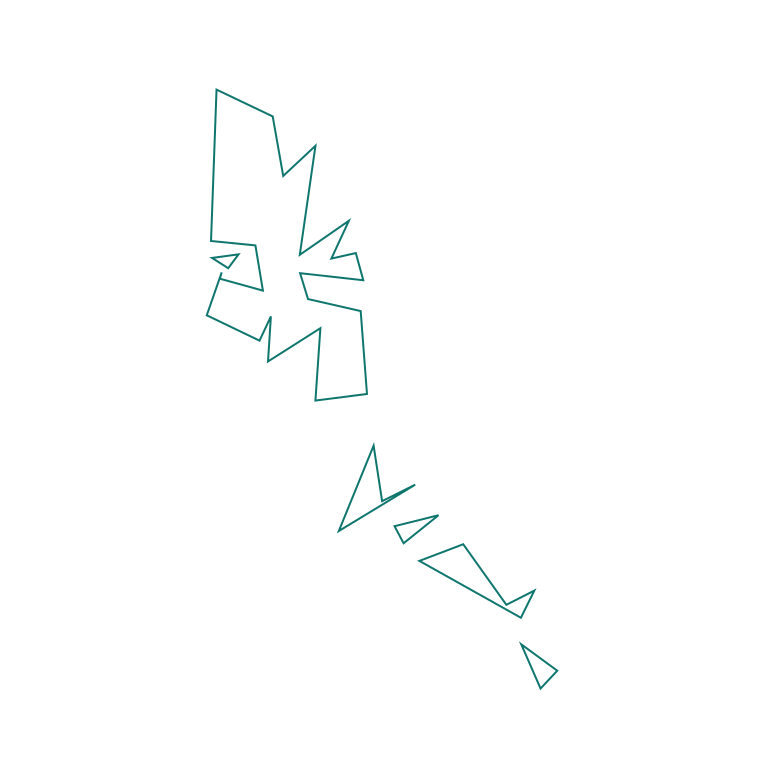 SVG path tracing the border of Eilean Siar, rotated 307°
{"feature_id": "GBR-2772", "entity_name": "Eilean Siar", "entity_type": "Island Area", "adm_level": 1, "iso_a3": "GBR", "parent_name": "United Kingdom", "parent_adm1": "", "projection": "orthographic", "projection_center": [-7.062, 57.727], "detail": "coarse", "context": "isolated", "style": "outline", "palette": "teal", "viewbox_px": 768, "rotation_deg": 307, "n_neighbors": 0, "source": "natural_earth", "source_scale": "10m", "svg_char_len": 746}
<svg xmlns="http://www.w3.org/2000/svg" viewBox="0 0 768 768"><g transform="rotate(307 384 384)"><path d="M365.8,376.4L329.5,339.2L390.3,299.6L332.2,277.8L369.9,253.0L343.7,258.5L332.2,201.1L375.5,187.2L369.3,189.5L385.7,231.1L417.3,197.9L394.1,159.8L518.3,73.1L530.7,134.1L489.5,178.3L533.0,185.9L436.5,239.0L493.2,257.7L452.5,266.5L471.6,282.7L454.4,305.0L422.0,250.3L406.1,272.2L428.2,321.5L365.8,376.4ZM328.5,412.8L289.3,453.0L322.4,469.5L239.4,436.4L328.5,412.8ZM303.7,543.7L281.3,614.6L309.5,628.4L279.7,634.0L264.0,518.7L303.7,543.7ZM276.8,478.0L312.0,506.5L268.6,495.5L276.8,478.0ZM258.7,650.3L259.3,694.9L235.0,692.3L258.7,650.3ZM382.7,189.9L381.2,170.8L400.0,189.8L382.7,189.9Z" fill="none" stroke="#0f766e" stroke-width="2"/></g></svg>